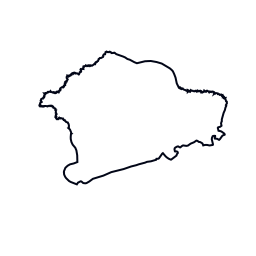 Lao Suea Kok, Ubon Ratchathani, Thailand (Mercator projection), rotated 114°
{"feature_id": "78962969B14407217279101", "entity_name": "Lao Suea Kok", "entity_type": "district", "adm_level": 2, "iso_a3": "THA", "parent_name": "Thailand", "parent_adm1": "Ubon Ratchathani", "projection": "mercator", "projection_center": [104.892, 15.444], "detail": "fine", "context": "isolated", "style": "outline", "palette": "ink", "viewbox_px": 256, "rotation_deg": 114, "n_neighbors": 0, "source": "geoboundaries", "source_scale": "gbopen_adm2", "svg_char_len": 5729}
<svg xmlns="http://www.w3.org/2000/svg" viewBox="0 0 256 256"><g transform="rotate(114 128 128)"><path d="M145.6,89.4L144.6,89.5L143.8,87.9L143.2,87.4L137.5,86.3L136.8,85.9L138.6,82.1L139.1,80.5L139.5,78.4L139.5,76.1L139.3,75.7L133.5,72.5L132.0,72.7L130.7,72.3L130.0,72.6L129.6,73.2L129.6,74.1L130.3,75.4L130.2,75.7L128.5,76.9L127.5,77.1L126.6,76.8L124.8,75.4L124.4,74.6L124.6,72.9L124.4,72.3L122.5,71.4L121.5,70.6L120.6,67.4L119.7,66.1L116.8,64.4L114.3,62.0L111.7,60.4L111.5,59.3L111.9,57.7L111.5,56.4L111.7,54.3L111.9,53.6L113.3,52.2L112.1,50.7L111.3,48.8L110.8,46.4L109.0,43.7L108.7,43.6L108.1,43.9L104.2,46.9L102.8,47.3L101.0,47.3L100.1,46.2L99.8,45.2L100.3,44.9L101.8,44.8L102.3,44.4L101.6,42.1L101.8,40.0L100.8,39.5L96.9,38.7L95.9,38.1L94.9,37.0L94.4,37.1L93.9,37.9L93.3,40.7L93.2,41.9L93.7,44.2L91.4,46.0L90.7,45.9L89.4,44.3L87.9,43.5L85.9,44.9L84.3,45.1L83.8,45.0L82.0,45.8L80.0,46.1L75.2,46.8L72.1,46.8L69.6,47.3L68.3,47.2L67.6,47.3L67.3,47.9L65.2,47.7L63.7,48.5L63.7,49.3L62.6,50.1L62.1,51.0L61.3,51.1L61.5,51.6L61.0,51.5L61.5,52.5L61.1,52.6L61.0,53.0L60.6,53.1L60.8,53.6L61.2,53.4L61.4,53.8L60.0,54.1L59.9,54.4L60.4,55.0L59.9,54.7L59.6,54.9L60.1,55.3L59.5,55.5L59.5,56.3L60.0,56.3L60.1,57.3L60.4,57.6L60.0,58.3L60.5,59.6L59.9,60.0L60.3,61.8L60.8,62.3L61.2,62.4L61.2,62.8L61.7,63.1L61.2,63.1L61.1,63.8L60.3,63.8L60.2,64.1L60.3,64.3L60.7,64.4L60.2,65.2L60.4,65.8L60.8,66.1L60.9,66.6L61.3,66.7L61.3,67.6L61.6,67.5L61.9,68.3L62.4,68.4L61.8,69.5L61.9,70.1L61.7,70.8L62.0,71.3L62.8,71.4L62.8,71.9L63.2,72.1L62.8,73.6L63.5,73.5L63.7,72.9L63.9,73.4L65.4,74.5L65.8,75.6L65.0,76.0L64.6,75.8L64.5,76.2L65.2,77.1L65.3,77.5L64.9,77.6L65.1,77.9L65.7,78.2L65.8,78.5L65.5,79.4L65.9,79.5L65.8,79.9L66.8,80.0L66.5,81.2L66.8,81.3L66.9,81.9L67.4,82.1L67.8,83.5L67.6,84.0L68.1,85.1L67.8,86.1L68.3,86.2L68.4,85.8L69.6,86.0L69.3,87.3L69.8,87.2L69.8,87.6L70.4,87.9L70.0,88.0L70.2,88.5L69.2,88.6L69.0,88.8L69.0,89.2L69.5,89.1L70.2,90.1L70.0,90.8L70.2,92.4L70.1,93.3L69.7,94.0L70.4,94.6L70.1,94.9L70.4,95.2L70.0,95.7L69.8,96.5L70.4,96.3L70.7,96.4L70.5,96.9L70.6,97.8L67.4,101.6L62.6,105.1L59.9,107.8L57.9,110.1L57.2,111.7L56.5,114.0L55.4,123.4L56.1,128.7L57.5,134.4L60.1,139.6L65.2,146.2L65.3,148.9L64.9,154.2L65.2,156.6L64.7,159.3L64.7,161.4L65.3,168.8L64.7,170.9L65.2,171.4L65.3,172.1L65.7,172.4L66.3,173.6L65.8,174.2L65.7,175.6L65.8,175.9L66.5,176.2L66.8,177.5L67.1,177.8L66.9,178.7L67.8,179.4L69.9,178.9L70.3,179.8L70.8,180.1L71.9,180.2L72.2,179.8L73.2,179.7L75.1,181.2L75.4,182.1L75.7,182.3L76.3,182.4L76.8,182.8L77.1,182.6L77.9,182.8L78.9,182.6L79.7,183.3L80.4,183.3L80.8,184.1L81.5,184.4L81.9,184.0L82.8,184.0L82.7,184.4L83.1,184.8L83.5,184.7L83.9,185.1L85.6,186.1L85.7,186.8L86.3,187.2L86.0,187.6L86.1,188.3L86.7,188.6L87.0,188.4L87.3,188.6L86.9,189.9L87.2,190.1L87.8,190.1L88.1,190.5L87.9,190.7L88.1,191.2L87.9,192.0L88.8,192.2L89.1,192.8L89.7,193.1L89.6,193.5L89.9,193.8L90.4,193.5L90.4,193.1L91.0,193.0L91.7,193.5L92.3,192.9L92.5,193.5L93.1,194.1L93.3,195.1L93.9,195.2L95.1,193.9L95.5,193.8L96.0,193.9L96.2,194.6L96.8,194.8L97.4,194.6L99.0,194.6L99.2,194.9L98.8,195.8L98.8,197.0L99.5,197.8L99.1,198.6L99.2,199.2L99.8,199.1L100.6,200.2L99.9,200.4L100.4,201.0L100.9,200.7L100.9,201.3L101.7,201.7L102.0,201.8L102.3,201.5L102.5,201.9L103.2,201.7L103.8,202.3L104.2,202.4L104.6,202.8L104.1,203.3L104.6,203.6L104.7,204.5L105.5,203.9L105.7,204.8L106.5,204.8L107.7,204.0L107.8,203.3L108.2,202.8L109.4,203.0L110.1,203.4L110.6,202.9L111.0,203.2L110.8,203.8L111.1,204.0L111.4,203.5L111.8,203.6L112.2,203.3L112.7,204.0L113.4,203.8L113.4,203.3L114.4,202.8L115.5,203.9L115.9,203.8L116.3,203.3L117.4,203.8L117.4,204.8L119.1,205.9L119.8,206.0L120.5,205.9L120.5,205.2L121.2,205.1L122.4,206.2L123.6,205.7L123.8,206.0L123.7,206.7L123.4,207.2L123.8,207.9L125.0,207.8L125.4,208.1L125.9,208.8L125.9,209.1L125.4,208.8L125.1,209.1L125.4,209.8L125.4,210.5L125.7,211.0L126.2,211.0L126.3,213.1L125.9,213.7L126.7,213.8L126.9,214.8L127.4,215.2L127.6,215.8L128.2,215.7L128.5,216.3L129.2,216.5L129.5,217.4L130.4,217.3L130.2,218.1L130.4,218.6L130.8,217.9L133.0,217.7L133.0,217.2L133.3,217.1L134.4,217.1L134.9,217.8L135.7,217.7L135.8,218.1L136.7,219.0L138.7,218.9L138.8,218.6L138.6,218.3L139.3,217.4L140.9,218.4L141.9,218.2L142.7,217.7L143.3,218.2L143.8,217.8L143.9,217.5L143.2,217.5L143.0,217.0L143.3,216.9L143.4,216.5L143.1,216.3L143.3,216.0L143.1,215.7L143.3,215.6L143.0,215.2L143.1,214.8L142.7,214.4L142.9,214.1L142.5,213.5L142.0,213.5L141.3,212.0L141.0,210.3L140.7,210.3L140.6,210.0L139.9,209.3L139.6,208.7L139.7,208.3L139.2,208.0L139.3,207.3L138.8,206.9L139.0,206.2L138.7,206.2L138.8,205.6L139.2,205.5L139.1,205.0L139.7,204.6L139.5,204.1L140.0,203.3L140.0,202.8L139.8,202.6L139.9,202.1L140.8,201.8L140.9,201.1L141.4,201.3L141.5,201.0L142.7,200.4L143.6,200.2L143.7,199.6L144.3,198.9L145.1,199.3L147.6,198.8L147.7,198.5L146.2,198.6L146.7,198.0L148.3,197.7L148.8,196.9L148.9,196.4L148.6,196.0L146.9,195.2L147.3,194.9L147.0,194.8L146.6,194.1L146.7,193.8L146.4,193.7L146.2,193.2L146.2,192.2L145.8,191.3L146.3,191.0L146.4,190.2L146.9,189.9L146.6,188.8L147.1,188.5L147.2,187.7L147.6,187.2L147.5,185.2L147.8,185.1L148.5,183.9L150.2,182.7L151.0,182.6L151.7,182.1L152.3,182.5L153.0,180.4L155.2,178.1L156.0,177.8L156.1,177.3L156.6,177.7L159.5,176.7L161.4,175.8L163.8,174.0L165.7,171.8L167.5,168.1L169.5,166.0L173.6,163.3L179.7,160.4L182.5,163.2L184.7,166.1L187.0,167.8L189.8,169.0L193.5,168.9L194.5,168.6L194.9,168.2L195.5,168.0L196.5,167.4L198.1,165.6L199.0,164.1L200.4,160.3L200.6,158.4L200.3,151.8L198.3,151.5L196.0,149.6L195.8,148.8L196.5,146.5L195.9,144.5L195.2,143.5L192.6,141.6L188.7,139.4L181.5,131.1L175.1,125.3L167.3,115.3L161.8,109.4L158.6,105.3L156.8,103.4L152.7,98.3L151.2,96.9L149.1,93.5L145.6,89.4Z" fill="none" stroke="#020617" stroke-width="2"/></g></svg>